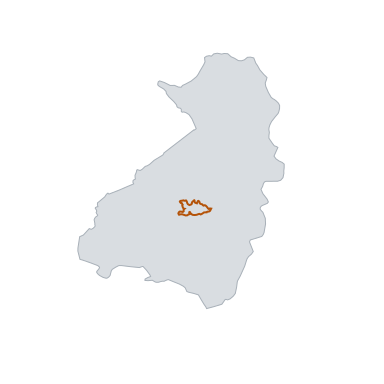 location of Oubritenga within Burkina Faso, rotated 143°
{"feature_id": "BFA-2816", "entity_name": "Oubritenga", "entity_type": "Province", "adm_level": 1, "iso_a3": "BFA", "parent_name": "Burkina Faso", "parent_adm1": "", "projection": "natural_earth1", "projection_center": [-1.281, 12.591], "detail": "fine", "context": "in_parent", "style": "outline", "palette": "amber", "viewbox_px": 384, "rotation_deg": 143, "n_neighbors": 0, "source": "natural_earth", "source_scale": "10m", "svg_char_len": 4606}
<svg xmlns="http://www.w3.org/2000/svg" viewBox="0 0 384 384"><g transform="rotate(143 192 192)"><path d="M273.2,240.2L264.7,240.6L261.6,241.7L259.8,241.7L259.7,240.8L259.5,240.3L248.8,237.3L241.3,235.5L233.7,233.6L233.3,235.4L232.2,236.6L230.6,236.7L229.4,236.4L228.7,237.8L227.4,239.7L225.7,240.6L224.0,241.7L223.0,242.7L222.3,242.8L220.5,240.4L218.2,240.1L213.9,240.6L212.0,239.9L209.3,239.6L203.1,240.1L193.1,239.1L191.5,239.6L191.0,240.1L181.1,240.2L170.3,240.3L161.1,240.4L153.2,240.5L153.2,240.1L150.6,240.0L150.3,240.8L148.0,250.4L147.8,255.6L149.0,258.8L150.3,260.8L151.9,261.7L152.0,262.9L150.8,264.4L150.9,265.9L152.3,267.5L152.7,269.1L151.9,270.9L152.1,275.1L153.2,281.7L153.2,286.0L152.2,288.0L152.6,291.3L154.6,296.1L154.9,298.1L154.2,299.0L152.6,300.3L151.0,300.2L149.0,297.3L148.2,296.1L146.7,293.1L145.3,290.2L143.5,288.9L141.8,287.7L139.7,284.0L137.6,282.2L135.4,282.8L132.3,282.1L125.8,281.1L119.0,281.4L116.1,282.3L113.3,283.6L106.1,286.6L103.3,288.1L101.1,291.8L98.7,291.7L96.2,290.5L94.7,288.8L91.5,289.2L88.3,287.6L85.3,284.3L83.0,283.3L80.2,280.9L79.4,276.5L77.6,273.3L75.9,269.0L73.5,267.0L70.6,266.0L66.7,266.2L64.1,264.5L62.0,261.9L62.6,259.7L63.5,256.6L63.6,253.6L64.3,248.7L63.9,242.6L63.2,238.3L65.4,236.6L67.9,235.0L69.5,232.1L71.1,225.6L71.8,220.0L71.3,217.9L70.5,216.2L69.9,213.8L69.5,210.8L70.0,208.3L71.9,205.9L74.3,203.9L76.0,202.9L80.5,201.9L86.1,200.4L89.3,198.8L91.7,197.1L93.0,195.7L94.4,193.0L96.5,190.9L98.2,188.7L98.5,182.8L98.5,179.4L97.2,177.5L96.6,175.9L104.9,171.3L105.0,168.0L103.8,164.3L102.2,161.4L101.6,158.8L103.9,155.8L106.0,153.6L107.4,151.6L110.7,148.7L114.1,148.0L117.2,149.1L126.3,155.9L127.9,156.4L129.8,155.8L132.2,154.0L135.3,152.6L136.4,148.0L136.3,141.2L137.0,138.1L138.7,137.6L143.9,138.9L145.3,139.0L146.8,138.5L147.9,137.3L147.9,135.2L147.6,133.2L149.3,126.9L152.5,122.2L158.8,116.3L160.7,115.2L163.0,114.5L174.3,118.6L176.1,117.6L178.9,107.6L181.9,106.6L185.6,106.4L188.0,105.6L189.2,104.9L194.5,101.1L204.0,95.9L209.1,93.6L210.1,92.8L213.7,89.1L218.5,84.9L221.6,84.0L225.8,83.7L228.5,84.4L229.3,85.6L230.1,86.2L235.7,84.4L243.6,87.3L250.5,90.1L250.1,91.9L250.0,95.0L249.5,100.0L248.8,106.0L251.6,109.9L255.0,114.0L256.0,115.6L255.1,119.7L255.7,122.1L257.5,126.1L260.6,131.2L263.7,136.4L265.9,137.1L268.0,137.5L269.2,138.5L271.1,139.4L272.9,140.0L274.5,141.1L275.5,142.2L276.8,145.4L280.4,147.6L282.8,149.7L281.9,150.7L278.8,150.3L275.9,149.4L275.5,150.9L275.4,156.8L275.9,161.8L276.5,162.4L279.5,163.3L286.4,169.7L292.7,175.8L294.8,177.3L298.3,177.9L302.2,178.2L303.9,177.6L307.7,174.6L309.7,174.2L311.5,174.3L312.5,174.8L314.4,177.3L316.1,181.1L316.6,183.8L316.4,185.3L315.8,185.9L312.7,186.6L311.4,187.2L311.1,188.0L311.5,189.8L312.2,191.0L315.6,196.4L320.5,203.7L322.0,205.6L321.1,207.8L318.7,213.5L316.8,215.9L308.6,223.9L304.6,223.0L296.1,224.6L294.9,222.8L292.9,222.5L290.4,222.8L289.5,223.6L289.3,224.3L288.4,225.5L286.9,228.7L285.6,229.5L284.1,230.0L282.3,229.9L281.2,230.3L281.2,231.9L280.9,233.3L279.6,234.0L279.1,235.5L279.2,237.0L278.5,237.7L276.9,237.4L276.0,236.9L275.1,238.9L274.0,240.2L273.2,240.2Z" fill="#d9dde1" stroke="#a8b0b8" stroke-width="1"/><path d="M213.7,183.8L212.7,183.1L211.4,181.6L210.3,181.6L209.5,182.8L208.9,183.0L208.1,183.1L208.5,183.5L208.7,184.5L208.4,185.8L207.8,187.2L207.7,187.2L207.3,187.3L207.1,187.4L207.1,187.6L207.1,188.0L206.9,189.0L206.9,189.4L207.2,189.5L207.5,189.9L207.6,190.8L207.5,191.6L206.7,191.9L204.5,190.7L204.0,190.6L203.2,189.5L202.3,188.9L201.9,188.9L201.8,188.3L201.9,187.5L202.5,185.9L202.6,184.9L202.3,183.9L201.8,183.0L200.4,182.7L200.0,182.5L199.6,182.6L199.1,182.8L198.4,183.6L197.7,183.9L195.2,184.1L195.1,183.8L195.2,183.6L195.8,182.6L196.0,182.0L195.8,181.3L195.4,180.8L194.9,180.0L194.4,180.3L193.6,180.8L192.7,181.2L192.2,181.0L192.0,180.2L192.1,179.3L192.5,178.6L192.5,177.8L192.0,176.9L191.5,176.2L191.2,175.9L191.2,174.7L190.9,174.1L189.8,173.8L189.5,173.4L189.2,172.7L189.0,170.6L189.1,169.4L188.9,168.5L188.4,168.3L187.9,168.2L187.6,168.1L186.7,167.2L188.9,166.1L190.2,166.2L191.5,167.0L192.4,167.2L192.6,167.0L193.1,167.4L194.0,168.0L194.8,168.5L195.6,168.5L196.8,168.5L197.9,168.8L198.5,168.8L198.9,169.4L199.3,170.1L200.3,170.5L202.0,171.0L203.6,171.9L205.1,173.2L205.8,174.6L205.7,175.0L205.9,175.1L206.1,175.2L206.3,175.4L206.4,175.9L206.2,176.2L205.9,176.6L205.7,177.0L206.0,177.5L206.4,177.5L206.6,177.2L206.6,176.7L206.7,176.3L206.8,176.1L207.0,175.9L207.4,175.8L207.7,176.0L208.3,176.2L209.7,176.2L211.1,177.0L213.3,180.2L215.0,181.3L216.0,181.6L216.0,182.3L215.7,183.2L214.7,183.7L213.7,183.8Z" fill="none" stroke="#b45309" stroke-width="2"/></g></svg>